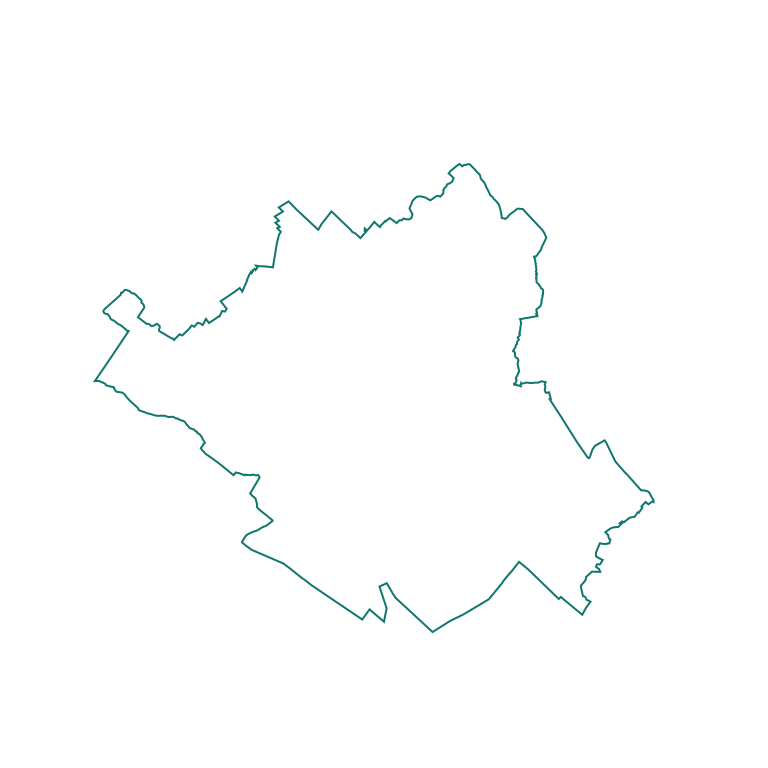 Tecamachalco, Puebla, Mexico (Mercator projection), rotated 284°
{"feature_id": "50627088B6625152362768", "entity_name": "Tecamachalco", "entity_type": "district", "adm_level": 2, "iso_a3": "MEX", "parent_name": "Mexico", "parent_adm1": "Puebla", "projection": "mercator", "projection_center": [-97.72, 18.863], "detail": "fine", "context": "isolated", "style": "outline", "palette": "teal", "viewbox_px": 768, "rotation_deg": 284, "n_neighbors": 0, "source": "geoboundaries", "source_scale": "gbopen_adm2", "svg_char_len": 6160}
<svg xmlns="http://www.w3.org/2000/svg" viewBox="0 0 768 768"><g transform="rotate(284 384 384)"><path d="M334.7,674.0L336.4,673.6L343.0,667.4L343.6,665.9L343.8,663.7L343.1,659.1L343.4,658.6L355.3,641.3L356.3,639.4L364.8,627.2L380.3,614.3L382.7,611.7L375.2,603.8L370.9,602.1L363.3,601.4L361.7,601.0L361.9,599.4L374.9,584.7L395.0,563.8L409.3,548.4L409.9,549.5L415.9,546.1L414.6,543.6L415.4,542.3L417.3,541.4L420.6,541.2L422.3,540.1L424.9,540.4L424.8,536.5L424.4,535.5L422.7,533.5L421.7,529.7L420.6,527.0L419.9,522.0L417.4,517.1L417.8,516.8L416.0,516.7L415.0,517.3L415.1,515.0L414.9,510.4L415.7,510.1L416.9,511.5L419.9,511.8L420.7,510.7L421.9,510.5L425.7,511.6L427.4,511.6L428.7,512.2L436.0,508.7L438.9,508.8L439.6,508.6L441.0,507.7L441.7,505.3L442.0,504.9L442.8,504.6L443.7,504.0L445.9,503.6L447.3,502.2L447.0,501.4L447.3,501.2L451.7,502.7L453.4,502.5L454.5,503.0L455.0,503.4L456.4,502.9L457.9,503.3L459.3,504.1L460.1,503.9L461.0,502.7L461.8,502.6L463.7,503.9L465.1,504.0L465.4,503.7L465.5,503.1L467.5,503.3L468.0,502.9L470.0,503.1L472.1,502.6L476.6,502.3L477.6,501.5L479.4,501.0L479.9,500.4L487.0,516.5L488.3,515.9L488.5,515.6L488.5,514.9L488.9,514.6L489.5,515.2L490.6,515.2L491.6,514.3L493.1,513.8L497.4,516.9L501.0,517.2L504.6,516.5L505.3,516.7L507.4,516.7L508.0,516.2L509.1,516.6L510.3,516.4L513.6,515.7L514.1,515.3L514.9,513.1L516.0,512.6L517.2,510.8L517.9,510.3L519.4,507.8L520.0,507.2L521.8,506.9L523.2,506.0L523.6,506.0L524.1,506.4L525.3,505.6L527.2,505.9L527.3,505.1L527.6,504.8L528.8,505.2L530.1,504.1L531.2,504.4L532.9,503.8L533.5,503.4L534.9,503.2L536.6,502.2L537.7,502.2L538.4,501.4L539.0,501.2L540.1,501.1L541.5,500.2L542.3,500.0L543.4,498.8L544.1,499.0L544.4,500.1L545.1,501.0L552.0,503.7L555.6,504.1L565.1,506.1L569.1,503.2L571.8,500.3L587.3,476.3L586.6,471.8L586.3,470.9L584.3,469.5L578.5,464.6L575.8,463.6L573.5,461.9L573.8,460.6L573.5,458.2L576.6,457.0L581.1,454.9L585.0,452.7L586.1,451.8L588.2,449.1L590.5,445.2L591.8,444.0L592.8,441.5L597.6,437.7L599.8,435.5L602.3,433.9L604.4,431.8L605.4,429.9L606.9,428.1L608.9,427.2L610.6,426.0L612.1,423.0L614.1,420.3L617.7,414.5L617.8,412.5L616.6,410.9L615.9,408.6L614.1,407.2L615.8,404.2L614.4,402.7L607.3,397.4L604.0,395.8L602.6,398.5L600.7,401.7L598.4,401.4L596.6,401.0L595.2,399.9L592.8,396.8L591.4,396.8L590.2,396.3L588.8,395.3L586.8,394.8L585.9,394.8L584.1,395.3L583.1,395.3L579.3,393.2L579.8,391.4L579.1,389.6L573.5,384.6L573.4,384.3L574.9,379.1L575.0,376.2L574.7,373.1L573.6,370.5L570.6,368.5L568.6,367.4L565.7,367.1L560.7,366.2L559.4,367.1L555.5,370.6L552.0,370.5L550.4,369.4L549.7,368.1L549.3,366.5L549.3,362.8L547.1,361.7L546.6,359.4L543.2,357.4L546.4,349.4L542.3,346.3L542.6,345.8L539.1,343.9L536.9,342.4L535.3,342.1L537.3,338.2L539.0,335.3L533.7,333.0L528.7,330.4L530.2,327.8L527.8,328.2L527.0,329.5L519.8,325.8L523.2,319.7L523.9,316.3L525.1,315.1L538.8,291.3L523.8,284.6L517.7,282.9L532.0,257.1L538.1,247.3L529.9,239.2L526.9,244.2L520.1,237.5L517.0,242.6L514.2,239.6L511.3,244.8L509.3,242.7L506.7,247.1L503.5,246.0L494.7,246.0L470.3,248.0L469.4,240.6L468.2,234.7L467.9,231.2L466.3,233.0L463.5,231.8L464.4,230.8L464.1,230.7L462.7,229.0L462.1,229.6L459.4,228.7L460.4,227.6L457.6,226.9L451.8,225.9L451.6,226.2L439.4,224.1L442.2,220.8L435.8,215.4L424.8,205.5L418.9,213.2L415.8,212.1L415.6,209.2L409.8,208.1L409.9,207.6L400.8,199.4L404.1,195.5L397.4,193.9L398.2,191.2L398.4,188.5L393.6,186.0L394.3,183.3L389.4,181.0L382.2,176.4L382.8,173.7L378.1,170.8L375.9,169.7L377.0,168.5L376.8,167.1L381.0,153.1L382.2,152.5L384.1,152.8L385.7,152.5L386.6,151.1L387.4,149.0L387.1,148.5L385.2,147.0L384.0,144.3L385.4,141.2L384.9,139.1L389.3,129.1L400.1,132.9L401.6,132.3L403.3,131.0L403.8,129.6L404.4,128.9L405.3,128.9L406.4,128.4L407.1,127.6L407.9,125.8L409.3,123.4L409.8,122.9L411.2,120.0L411.3,116.7L412.5,114.7L412.9,111.2L412.6,109.7L409.4,108.1L408.9,106.8L406.8,106.9L389.1,94.8L386.9,94.0L386.6,94.0L385.0,95.6L384.8,97.3L384.9,99.0L383.1,101.3L381.3,102.8L380.5,104.1L380.2,106.4L377.8,111.6L377.4,114.0L376.2,116.9L373.6,121.7L373.6,123.4L337.7,110.5L316.8,102.7L318.0,106.3L317.9,107.8L317.4,109.2L317.4,110.9L316.8,113.1L316.5,113.7L315.5,114.6L315.5,118.7L315.3,119.2L315.3,120.0L315.5,120.9L315.5,122.8L314.9,123.1L314.4,123.1L314.0,123.3L313.2,124.6L312.0,125.7L311.8,126.4L312.3,131.7L312.1,132.8L311.6,134.0L310.8,135.4L308.6,137.9L306.3,141.5L301.2,150.9L299.3,152.5L298.4,161.2L298.3,167.0L298.1,168.4L298.2,171.4L299.0,174.6L299.6,176.1L299.6,177.0L300.1,178.8L299.8,183.0L300.9,185.9L301.0,187.6L300.3,190.8L300.7,191.9L300.1,193.0L299.4,199.0L298.9,200.1L296.5,202.9L296.0,203.9L294.3,206.0L294.0,208.1L293.9,210.4L292.8,212.3L292.4,214.1L291.7,214.2L291.3,215.0L291.0,216.6L288.9,219.6L286.5,221.6L283.6,224.5L282.0,223.3L280.4,223.1L277.4,221.7L275.8,223.7L273.0,227.9L272.1,230.5L267.2,242.8L259.1,260.1L262.3,261.6L262.4,264.9L261.7,270.9L262.5,271.2L262.7,273.8L263.5,277.0L264.5,279.0L264.3,281.6L265.2,283.8L264.0,285.5L263.1,285.9L245.4,280.6L245.2,281.2L244.1,282.5L241.7,287.1L237.0,289.7L233.8,290.5L232.0,293.3L225.0,308.4L224.3,309.0L223.1,308.2L218.0,304.1L215.8,300.9L211.2,296.4L208.9,292.7L207.7,291.1L205.7,288.7L203.7,286.8L197.0,284.5L196.7,284.4L196.0,285.0L195.8,284.9L194.0,288.6L191.3,294.9L190.6,298.5L185.5,329.6L182.8,336.2L175.6,351.9L175.2,353.5L171.1,362.6L150.2,419.9L161.8,424.5L153.3,441.5L167.0,440.8L186.4,428.6L191.4,434.9L182.3,443.7L179.3,447.0L155.1,491.1L169.9,505.3L179.9,517.1L200.4,537.7L219.2,546.7L221.8,547.5L226.9,549.9L233.9,553.5L244.1,558.1L238.8,569.1L217.8,605.4L217.7,605.6L220.1,607.0L208.1,632.2L215.9,634.2L222.8,637.0L223.7,632.7L226.0,630.8L226.4,629.5L226.3,628.4L234.6,624.2L236.0,623.9L241.3,626.5L243.0,627.0L245.7,626.8L252.2,631.1L254.0,639.2L256.4,637.6L257.9,633.9L260.6,634.3L261.1,636.7L261.6,637.4L266.2,638.8L266.6,636.4L268.0,631.5L271.4,630.4L281.7,632.0L281.8,634.4L282.5,638.5L283.0,638.8L283.9,641.2L287.9,641.3L288.4,639.6L291.7,638.0L293.8,634.6L299.1,639.2L300.5,641.6L302.0,646.0L306.0,648.3L306.1,646.5L308.4,648.4L307.8,650.1L313.8,654.8L315.9,659.4L320.9,661.3L320.7,662.3L326.3,664.6L327.4,663.4L332.8,666.3L331.2,669.6L335.1,673.0L334.7,674.0Z" fill="none" stroke="#0f766e" stroke-width="2"/></g></svg>